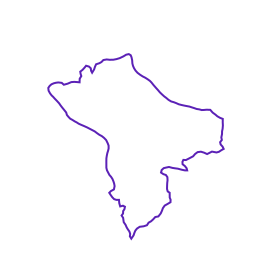 the district of Areado, Minas Gerais, Brazil, rotated 226°
{"feature_id": "56859067B88624480180585", "entity_name": "Areado", "entity_type": "district", "adm_level": 2, "iso_a3": "BRA", "parent_name": "Brazil", "parent_adm1": "Minas Gerais", "projection": "mercator", "projection_center": [-46.146, -21.352], "detail": "fine", "context": "isolated", "style": "outline", "palette": "violet", "viewbox_px": 256, "rotation_deg": 226, "n_neighbors": 0, "source": "geoboundaries", "source_scale": "gbopen_adm2", "svg_char_len": 2675}
<svg xmlns="http://www.w3.org/2000/svg" viewBox="0 0 256 256"><g transform="rotate(226 128 128)"><path d="M179.8,93.1L177.2,92.9L174.8,92.9L172.6,93.6L169.7,94.3L167.6,95.0L165.4,95.5L163.1,96.4L159.8,97.8L156.8,99.0L153.2,100.2L151.1,100.9L148.7,101.7L146.0,102.1L142.9,102.7L140.5,103.5L137.6,103.9L134.5,103.9L131.1,102.8L128.8,101.8L126.7,99.8L125.5,97.9L124.3,95.7L122.8,93.5L121.2,91.4L119.1,89.3L116.7,87.0L114.4,84.8L112.2,83.5L109.5,82.7L107.1,82.0L104.6,81.9L102.1,81.4L99.6,80.4L97.6,79.4L95.5,78.0L93.6,75.2L94.5,71.9L94.4,69.5L91.8,69.0L89.2,68.6L86.5,68.6L84.4,69.7L82.6,71.6L80.0,69.5L77.0,67.9L75.6,70.4L73.5,71.1L72.1,69.1L71.6,66.8L69.9,65.0L69.5,62.6L66.8,62.1L63.2,59.5L60.1,59.0L57.4,58.0L55.2,57.5L52.6,57.1L50.3,56.0L48.8,54.1L46.1,53.5L46.9,57.4L48.2,59.9L49.1,62.1L49.4,64.6L48.8,67.8L46.4,71.0L44.9,74.1L45.6,77.1L44.9,79.7L44.8,82.5L45.0,85.8L43.3,88.4L43.8,92.2L45.0,95.2L46.1,97.4L46.7,100.5L45.8,104.0L45.1,107.0L46.8,108.8L49.0,109.7L50.9,111.5L52.5,113.0L54.8,112.5L57.0,113.7L59.0,115.7L61.1,117.9L63.0,120.2L65.3,122.2L67.9,122.6L70.2,121.4L73.0,120.8L74.4,123.1L74.3,125.8L73.2,127.7L71.5,130.4L68.5,132.2L66.5,133.7L64.1,135.6L60.6,137.7L58.1,139.4L56.4,141.1L58.3,142.2L61.1,142.5L64.0,142.1L65.8,143.6L66.6,145.7L64.7,147.4L63.5,151.4L62.4,155.2L62.7,158.2L62.3,161.3L60.3,164.0L57.4,165.6L54.3,166.8L53.5,169.4L52.7,172.0L50.7,173.4L48.9,174.7L47.7,176.9L47.2,179.7L46.5,182.3L48.9,183.1L51.8,183.2L53.8,184.4L54.2,187.2L56.4,188.6L58.3,191.4L60.3,193.4L61.7,195.5L63.9,198.0L66.4,200.2L68.7,202.5L71.3,201.3L74.4,200.4L76.8,200.2L80.3,199.6L83.9,199.8L86.6,197.2L88.1,195.3L89.7,193.5L91.9,192.2L94.0,190.6L96.2,189.5L98.6,188.2L100.7,187.1L102.8,185.6L104.8,184.2L107.2,182.6L109.8,181.0L112.3,180.0L114.7,178.9L117.1,177.5L120.1,176.7L123.2,176.4L125.6,176.0L128.7,175.8L131.5,175.7L134.4,175.9L137.4,176.0L141.3,176.2L144.4,176.5L146.6,176.5L149.4,176.0L152.3,175.3L154.9,174.4L157.9,173.7L161.1,173.2L164.1,173.3L166.9,173.9L169.3,174.8L171.4,176.0L173.9,178.1L176.5,179.7L178.5,180.5L180.6,179.9L182.0,177.6L182.7,174.5L184.0,170.6L185.6,167.5L187.3,164.9L189.8,162.2L192.1,160.3L194.0,157.5L193.9,154.7L194.5,152.4L196.0,149.3L194.9,146.6L193.7,144.4L192.7,140.6L194.8,141.2L196.8,142.7L199.3,142.6L201.9,141.1L201.6,138.7L201.4,135.7L201.7,132.8L199.7,131.4L197.8,130.5L197.0,127.5L194.5,124.9L196.6,123.1L198.5,121.4L200.4,119.1L201.8,115.4L203.7,111.9L206.5,111.7L209.2,109.5L210.6,107.6L211.7,105.7L212.6,103.3L212.7,100.9L212.2,98.5L210.0,96.8L207.1,96.0L204.5,95.7L202.4,95.8L200.1,95.7L196.9,95.7L193.6,95.6L191.2,95.2L188.6,94.9L185.1,94.6L182.1,94.3L179.8,93.1Z" fill="none" stroke="#5b21b6" stroke-width="2"/></g></svg>